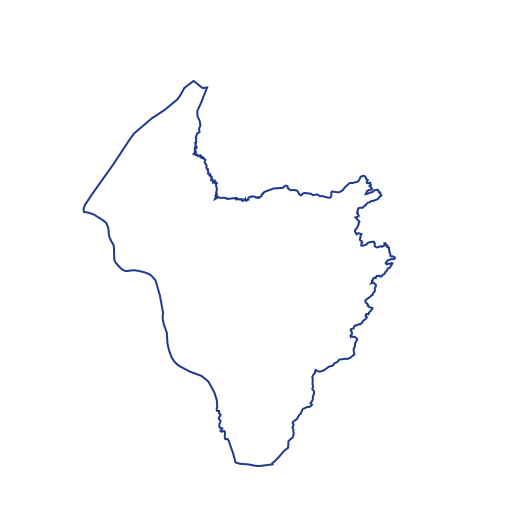 Nakay, Khammouan, Laos (Robinson projection), rotated 54°
{"feature_id": "54806243B86213796006306", "entity_name": "Nakay", "entity_type": "district", "adm_level": 2, "iso_a3": "LAO", "parent_name": "Laos", "parent_adm1": "Khammouan", "projection": "robinson", "projection_center": [105.229, 17.931], "detail": "fine", "context": "isolated", "style": "outline", "palette": "blue", "viewbox_px": 512, "rotation_deg": 54, "n_neighbors": 0, "source": "geoboundaries", "source_scale": "gbopen_adm2", "svg_char_len": 6152}
<svg xmlns="http://www.w3.org/2000/svg" viewBox="0 0 512 512"><g transform="rotate(54 256 256)"><path d="M434.3,365.0L433.2,364.6L433.1,361.9L432.1,355.9L430.1,347.5L430.0,342.7L425.1,338.8L424.4,335.7L424.5,333.3L422.9,330.9L421.2,329.4L419.7,328.9L418.5,327.7L416.1,327.3L415.0,325.1L414.2,324.6L412.7,324.6L412.0,323.8L411.9,318.5L410.1,314.8L409.9,312.6L407.6,308.8L407.4,307.6L408.3,303.2L409.6,301.1L409.6,299.3L409.1,298.0L407.1,298.5L405.9,294.8L402.7,292.2L402.0,290.5L399.7,288.6L396.6,288.6L395.2,286.5L392.9,285.6L389.4,282.8L386.8,281.4L385.6,278.9L385.3,276.8L384.2,276.2L383.2,274.8L386.4,273.2L387.3,272.0L388.4,268.3L388.4,262.1L389.8,258.1L388.9,255.5L389.6,252.5L388.7,249.7L391.8,243.9L393.1,242.4L393.7,239.5L393.4,234.2L389.8,232.5L388.4,231.4L387.3,229.0L385.5,227.9L383.7,224.9L383.4,223.6L382.6,222.9L379.3,223.7L378.8,224.8L377.3,225.8L377.2,226.9L376.1,226.4L375.4,224.0L373.2,223.0L372.1,223.3L371.0,222.0L372.0,219.6L370.9,218.4L370.4,216.7L371.2,215.8L371.5,213.1L372.5,212.1L372.2,211.7L372.6,210.1L371.4,207.7L371.5,205.2L370.8,202.3L369.1,202.6L368.1,201.8L367.9,200.4L369.2,199.7L369.3,199.1L368.2,197.9L367.3,193.2L366.5,192.4L364.8,193.9L363.0,194.7L362.1,194.3L361.8,194.8L360.7,194.0L357.9,194.6L356.3,193.8L356.0,193.0L356.1,187.6L355.7,185.8L356.1,184.6L354.9,183.2L354.4,180.6L351.9,178.8L351.0,177.0L349.9,176.0L346.6,176.5L345.9,178.7L345.4,177.6L344.1,176.7L344.1,175.8L343.2,174.7L343.4,173.9L343.1,173.0L344.3,172.2L343.5,171.2L343.5,170.2L343.2,170.0L344.5,167.8L345.8,167.4L346.4,166.3L345.7,164.9L346.0,163.1L345.6,161.5L345.1,161.1L344.8,158.7L343.5,156.8L344.1,155.7L343.9,154.1L342.3,150.1L341.4,150.3L341.1,152.0L339.7,153.9L339.7,155.1L338.4,155.4L337.8,155.1L337.0,152.3L338.1,148.1L339.5,146.4L339.6,145.4L338.9,144.5L336.9,145.3L336.0,146.6L334.9,147.2L332.9,145.9L331.0,145.9L330.4,144.9L328.9,144.7L327.8,143.6L327.3,143.5L325.6,144.7L325.1,144.6L324.8,143.6L323.4,144.3L321.7,143.7L321.2,144.8L322.9,145.7L322.8,147.9L322.4,148.8L321.7,148.8L321.0,150.2L321.1,150.8L320.3,152.9L319.7,153.6L317.4,154.1L315.8,152.5L314.4,152.5L314.0,152.2L313.4,152.6L311.3,156.7L311.1,158.3L311.6,159.8L310.5,163.5L309.5,164.7L307.7,163.2L307.6,162.2L306.7,162.2L306.2,161.8L304.8,162.5L303.4,162.2L302.9,161.0L301.5,160.1L300.3,157.8L297.7,159.7L297.7,161.8L294.4,161.5L293.1,160.3L292.6,157.8L290.6,154.2L289.7,153.6L289.5,152.7L288.7,152.0L286.0,152.8L284.7,152.4L283.3,152.8L284.0,150.5L283.9,149.2L280.7,149.0L280.9,148.2L279.9,148.0L277.5,145.3L278.2,143.3L279.6,141.6L279.2,138.3L279.5,137.1L278.8,136.1L278.7,133.8L279.5,132.1L279.3,130.1L280.4,128.7L281.5,124.0L281.3,122.5L280.6,121.3L281.1,119.9L280.6,118.9L278.2,118.9L277.6,118.1L276.1,119.1L274.1,118.4L272.2,122.1L272.7,123.2L272.7,124.5L271.8,126.1L271.3,129.0L270.4,130.9L268.8,128.2L268.9,126.2L270.2,123.1L269.5,122.5L267.6,122.9L267.0,122.3L266.1,122.9L265.9,121.3L263.8,120.5L263.5,120.9L263.6,121.8L262.3,123.3L261.3,123.1L260.6,121.2L259.9,120.9L258.5,121.7L257.1,120.9L254.7,121.3L253.5,124.0L253.5,124.8L255.4,128.5L255.6,129.9L253.8,134.8L252.0,137.5L252.7,143.5L253.8,147.7L253.6,149.5L253.3,151.1L252.3,152.7L248.5,156.6L248.8,157.7L251.8,159.8L252.4,161.8L251.2,163.3L246.7,167.0L245.2,169.0L242.0,170.4L240.3,174.2L238.0,174.9L233.6,179.6L233.0,181.5L233.4,183.6L233.1,184.3L231.4,184.6L227.4,184.3L225.3,186.1L222.8,189.6L219.7,190.3L218.0,189.5L216.6,190.6L216.3,191.1L216.6,194.4L211.8,201.9L209.3,210.7L209.1,212.6L209.3,213.4L209.8,213.6L209.5,215.1L210.8,216.3L210.6,218.9L210.3,218.9L210.4,220.1L209.9,220.6L209.3,220.4L208.8,221.7L206.9,222.4L205.3,224.3L205.3,225.6L204.8,225.7L204.5,226.6L204.6,228.0L205.2,228.9L205.9,229.0L205.4,230.1L205.7,231.3L204.5,231.5L203.8,231.2L204.3,232.2L204.0,232.4L203.6,232.0L203.2,232.3L203.8,234.3L202.8,234.8L201.7,234.2L200.9,235.0L200.9,235.6L200.5,235.5L199.2,237.8L198.6,237.6L198.6,238.8L197.9,238.9L197.7,238.1L197.2,238.9L196.9,238.7L192.9,245.9L191.7,246.0L190.8,246.7L188.1,250.6L186.4,251.7L185.8,255.7L185.1,254.5L185.1,252.7L183.7,252.7L184.7,254.0L183.4,253.4L182.6,252.0L183.3,251.6L182.1,250.9L181.0,251.0L180.3,249.5L177.9,247.7L175.4,247.0L174.4,245.9L174.3,245.2L172.9,246.2L172.6,245.8L173.2,245.6L173.2,245.1L170.8,245.0L170.8,245.9L171.7,246.3L171.4,247.6L169.6,246.2L168.7,246.8L168.9,247.5L168.6,247.7L168.0,246.4L167.4,246.9L166.3,246.1L166.1,245.4L163.8,246.2L163.9,245.2L163.4,245.0L162.7,245.0L161.0,246.4L159.6,244.8L157.9,244.8L157.5,243.8L155.4,244.4L153.8,242.8L149.9,242.4L148.4,240.4L145.7,241.6L145.7,240.8L144.8,240.9L144.5,241.4L144.9,242.0L143.8,243.0L143.5,242.9L143.6,241.8L141.7,241.8L141.1,244.3L140.1,244.0L138.9,244.2L138.7,244.8L139.6,246.0L138.8,245.5L137.1,245.5L136.8,246.2L136.5,245.5L136.7,243.9L136.3,243.9L136.2,244.7L135.3,243.9L135.5,243.4L134.6,243.5L133.6,242.2L132.5,242.0L132.4,241.0L133.6,241.0L133.1,239.9L131.1,240.3L129.9,238.7L128.8,238.7L129.0,237.8L128.3,237.1L127.4,236.8L125.8,235.2L124.9,235.3L122.2,231.4L122.6,229.5L122.4,228.6L120.5,227.9L119.1,226.6L117.8,224.3L113.9,222.3L108.4,221.1L104.3,218.4L99.6,210.1L90.9,196.5L89.2,199.8L88.3,200.7L77.7,203.5L77.9,215.0L81.6,223.0L83.1,227.7L84.1,244.2L83.4,259.5L85.2,282.6L87.6,290.0L98.1,317.9L110.0,353.3L114.3,364.6L116.7,368.0L119.2,369.3L122.2,366.3L127.3,362.7L136.9,358.9L141.4,357.7L146.5,359.0L152.0,362.3L154.8,363.5L159.5,364.5L162.9,364.6L165.9,366.1L175.8,372.9L179.3,373.5L186.1,372.7L189.3,371.7L191.6,370.4L195.7,363.2L198.3,360.4L203.9,355.6L207.2,353.5L210.2,352.2L216.7,351.6L231.2,356.9L239.7,360.9L247.7,364.8L249.8,366.9L252.3,368.6L257.0,370.7L265.6,373.2L274.1,378.7L280.3,381.5L288.5,383.9L294.3,384.1L299.7,382.8L310.6,377.5L321.1,370.5L328.3,368.6L330.3,368.4L341.9,369.9L349.5,372.4L355.1,375.9L356.5,377.6L358.0,378.5L358.5,378.5L359.6,377.0L360.4,377.2L361.6,378.4L363.6,377.9L365.5,381.6L366.4,381.8L367.9,381.4L369.1,382.0L370.5,384.5L372.7,386.1L373.7,386.2L375.5,384.6L375.9,384.7L376.5,387.5L377.8,387.3L378.9,384.6L379.7,384.5L380.9,385.1L384.3,387.9L386.2,388.4L387.4,386.5L389.7,386.8L403.6,391.0L410.9,393.9L414.7,391.1L419.9,384.9L425.9,379.3L428.4,375.9L434.3,365.0Z" fill="none" stroke="#1e3a8a" stroke-width="2"/></g></svg>